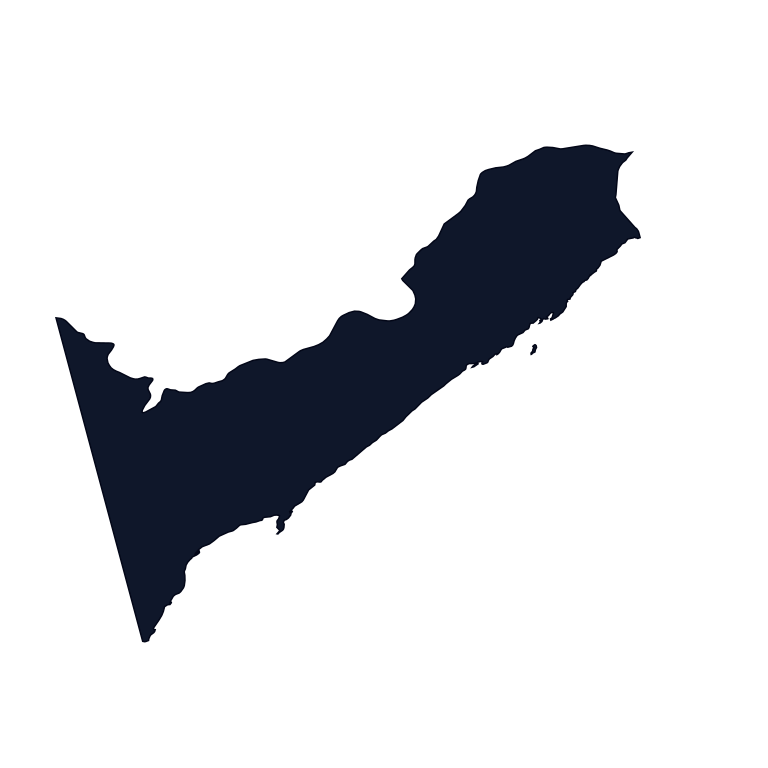 the border of Al Bahr al Ahmar, rotated 75°
{"feature_id": "EGY-1556", "entity_name": "Al Bahr al Ahmar", "entity_type": "Governorate", "adm_level": 1, "iso_a3": "EGY", "parent_name": "Egypt", "parent_adm1": "", "projection": "equal_earth", "projection_center": [33.554, 25.647], "detail": "fine", "context": "isolated", "style": "filled", "palette": "ink", "viewbox_px": 768, "rotation_deg": 75, "n_neighbors": 0, "source": "natural_earth", "source_scale": "10m", "svg_char_len": 6160}
<svg xmlns="http://www.w3.org/2000/svg" viewBox="0 0 768 768"><g transform="rotate(75 384 384)"><path d="M570.1,683.7L235.2,683.7L237.1,679.1L238.5,677.1L239.9,675.7L241.2,674.7L254.1,667.2L254.9,666.5L257.3,662.1L258.0,661.3L258.8,660.9L261.7,660.6L263.2,660.1L266.5,657.3L268.4,654.4L269.5,652.3L273.5,638.2L274.2,636.4L275.3,635.0L275.9,634.7L276.6,634.8L278.0,635.7L280.8,638.6L284.0,642.8L286.2,644.3L287.7,644.9L292.0,645.2L295.0,644.5L297.8,643.4L300.1,641.7L302.4,639.2L304.4,636.5L312.4,627.5L314.0,624.9L314.9,623.1L315.5,620.5L315.5,618.1L315.2,613.4L315.7,612.3L317.3,610.0L318.0,607.5L318.8,606.1L320.1,606.2L320.8,606.8L324.2,611.2L326.4,613.0L328.3,613.3L333.4,612.3L334.9,612.5L336.4,613.1L337.8,614.2L342.8,620.6L346.8,624.3L348.7,625.0L349.3,624.5L349.5,623.6L349.4,621.5L346.8,610.6L346.4,609.8L344.1,606.7L343.3,604.9L342.2,603.4L337.8,601.2L333.5,598.0L332.9,597.3L332.5,596.4L332.3,595.4L332.7,594.2L334.4,591.7L336.0,587.1L338.5,584.4L338.9,583.6L341.5,575.8L342.1,572.8L341.8,570.3L341.1,568.4L339.3,565.1L338.9,563.8L337.6,556.0L337.7,552.6L339.0,550.0L339.3,547.8L339.0,543.4L339.0,539.5L338.7,538.3L338.0,536.5L337.3,535.5L334.2,532.4L333.2,530.8L331.0,523.7L329.6,520.4L329.0,518.5L327.3,504.4L327.8,498.7L329.1,492.2L329.7,490.7L335.7,480.8L336.5,479.0L337.1,476.2L337.1,474.0L330.5,457.0L330.2,455.8L329.8,452.9L329.7,441.8L329.1,436.9L327.9,432.2L325.7,427.7L323.4,424.1L311.0,412.5L309.1,410.3L307.7,407.7L307.1,405.4L306.0,399.2L306.0,393.7L307.4,389.3L308.3,387.7L312.4,382.2L318.4,375.8L319.7,373.9L320.9,372.0L324.0,364.2L324.6,362.0L325.0,357.8L324.9,354.9L324.3,348.9L323.4,345.1L322.8,343.2L321.9,341.3L319.5,337.4L317.4,335.1L314.7,333.0L310.0,331.3L306.1,331.1L301.1,331.9L288.8,339.1L286.9,339.6L280.4,329.8L278.8,326.1L277.6,324.1L275.9,323.0L271.9,321.9L270.1,321.1L267.4,319.2L266.6,318.1L264.2,313.9L263.2,311.7L262.8,307.1L262.5,305.8L258.8,298.8L257.9,296.1L255.2,292.9L245.0,284.4L238.6,268.1L237.2,265.2L232.6,259.3L228.2,255.2L227.3,253.3L226.4,250.0L225.1,247.7L223.7,246.2L221.9,244.9L218.1,243.5L211.9,240.3L206.6,236.7L206.0,236.0L205.1,234.3L204.1,230.9L203.9,227.4L204.1,220.2L205.3,212.5L205.3,209.3L205.1,206.8L203.1,199.0L202.6,191.4L202.3,189.2L201.4,185.9L197.9,177.4L197.6,172.9L196.9,168.4L197.1,166.9L197.5,165.1L199.3,159.7L202.6,152.8L203.0,151.1L205.2,129.7L205.6,127.4L206.8,123.6L208.1,120.8L212.2,114.4L215.8,107.8L217.5,105.2L220.2,101.8L221.1,100.3L224.1,92.0L224.2,90.9L224.0,87.7L224.3,84.3L228.6,90.6L230.3,92.5L231.8,96.1L232.5,97.1L234.9,100.1L237.8,102.4L239.0,103.1L261.2,111.0L263.8,112.3L272.1,110.9L277.0,111.2L277.9,111.0L297.7,101.1L299.4,99.8L301.9,98.9L303.1,98.7L308.9,98.7L309.1,101.2L308.1,102.5L307.8,103.4L307.2,103.8L307.0,104.5L307.4,105.4L307.0,110.6L307.4,111.5L309.9,114.7L310.3,118.0L311.9,120.0L314.4,124.2L316.6,124.6L317.9,126.3L318.8,128.8L321.6,142.4L325.2,144.7L327.4,147.4L327.9,148.8L329.8,149.7L330.4,151.8L332.1,155.8L332.7,156.4L332.6,156.8L332.2,156.9L334.9,159.5L336.0,161.2L335.9,163.0L336.8,164.3L337.2,166.1L338.8,168.6L341.7,172.2L342.4,174.0L344.2,175.2L344.7,177.8L345.7,178.0L346.7,178.6L348.7,181.6L350.1,182.4L349.9,184.8L350.4,185.3L351.1,185.5L351.8,185.3L352.3,186.5L353.6,187.2L356.4,188.0L360.7,192.7L362.0,196.2L363.2,197.8L364.5,201.5L364.7,203.0L365.0,203.6L365.5,206.3L364.2,206.3L363.5,204.5L359.2,201.9L358.8,201.9L358.3,203.7L358.8,205.2L360.6,207.6L360.9,208.9L361.3,209.5L363.0,208.7L363.4,208.9L363.1,211.2L362.1,213.1L363.0,214.2L364.5,215.3L365.5,217.5L365.5,218.1L363.4,215.3L363.0,215.3L363.0,215.9L363.4,217.0L363.0,217.0L362.6,215.4L361.5,215.6L360.3,216.7L359.7,218.1L361.1,219.0L362.1,220.6L363.8,224.2L363.4,225.4L363.4,227.0L364.4,227.9L367.1,229.4L368.0,230.4L368.4,233.7L370.3,236.5L371.2,241.8L371.6,242.9L373.6,245.2L375.9,247.1L378.5,248.6L379.7,249.6L380.5,251.0L380.5,254.9L379.7,256.1L380.1,257.7L380.4,260.9L381.1,262.0L383.3,264.2L384.4,266.0L384.8,267.3L383.9,267.2L383.9,268.5L384.3,269.6L385.6,271.6L386.9,275.3L387.5,276.4L389.9,278.3L390.2,279.2L390.6,283.1L390.2,284.0L389.2,284.1L387.9,283.0L387.3,284.6L387.1,287.1L387.5,289.6L387.5,291.7L386.3,296.7L386.9,299.1L387.7,299.9L389.7,300.7L390.7,301.3L391.3,302.5L391.9,305.0L393.9,308.2L394.8,310.4L396.9,317.6L399.8,324.1L401.3,326.8L406.5,341.1L408.9,345.4L411.3,352.4L416.1,360.5L417.2,363.9L421.3,371.3L424.1,375.1L429.4,387.9L430.3,391.8L431.8,395.3L432.4,399.5L433.6,401.7L436.2,405.8L437.6,410.4L439.4,413.8L440.2,417.3L448.4,434.4L448.6,437.1L449.3,439.3L451.5,442.5L451.8,447.1L452.3,449.9L452.8,450.8L456.1,454.2L457.2,456.5L459.0,464.1L461.2,468.9L462.1,469.8L462.2,471.1L461.2,473.7L461.2,475.9L463.7,477.1L466.8,484.2L475.2,492.0L476.5,493.9L478.8,501.9L480.5,504.1L482.9,508.2L483.9,508.1L482.9,505.8L483.5,505.6L484.7,507.2L486.5,508.1L488.7,511.0L489.6,513.3L489.8,515.7L491.7,517.1L493.6,516.7L496.7,517.8L498.0,518.6L499.0,519.8L500.3,523.5L501.4,525.3L501.0,526.1L498.8,522.8L497.9,522.8L494.7,524.6L492.3,523.4L489.4,523.1L488.3,522.5L487.1,520.8L486.5,520.5L486.4,520.1L484.2,519.1L483.6,519.7L482.8,521.6L482.3,524.1L482.8,528.0L481.8,534.0L482.4,536.1L483.5,536.4L484.0,537.4L483.8,539.2L484.1,543.4L483.8,546.8L483.7,554.0L482.9,558.9L483.1,560.1L485.0,563.7L486.5,567.4L486.7,568.8L486.7,572.7L488.3,582.5L491.2,588.6L493.3,594.0L494.1,601.6L495.9,605.8L498.5,609.8L500.1,610.9L497.6,605.8L498.8,605.8L499.6,606.6L500.6,609.2L501.5,614.0L502.5,614.9L503.4,616.8L505.4,619.8L507.8,622.1L511.1,623.7L513.0,625.2L513.9,625.6L517.3,625.9L522.3,627.1L527.1,629.1L528.9,630.4L531.9,634.0L532.9,636.0L533.3,639.9L534.4,642.4L538.2,646.2L540.1,647.3L539.9,646.0L540.2,646.0L541.6,647.8L541.2,650.2L542.3,653.6L546.6,656.0L550.0,658.6L553.8,662.5L559.5,669.2L560.6,670.0L561.6,669.9L562.1,668.6L563.7,669.6L564.6,670.8L566.0,674.3L566.9,675.3L569.3,677.2L570.8,677.8L571.1,680.8L571.0,681.9L570.1,683.7ZM390.0,228.9L392.1,229.9L392.7,232.7L393.5,233.7L393.5,234.2L392.2,234.0L390.8,232.0L388.9,231.1L387.7,229.7L386.3,230.5L385.7,229.9L385.1,228.1L385.4,227.6L386.3,227.1L388.2,227.2L390.0,228.9ZM387.7,287.9L388.9,287.9L390.6,292.7L390.6,294.6L389.8,293.6L387.7,287.9Z" fill="#0f172a" stroke="#020617" stroke-width="1.5"/></g></svg>